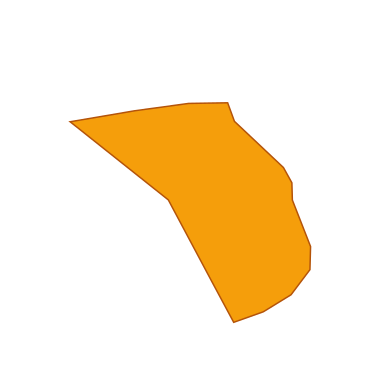 the state/province of Paul, rotated 28°
{"feature_id": "CPV-5062", "entity_name": "Paul", "entity_type": "state/province", "adm_level": 1, "iso_a3": "CPV", "parent_name": "Cabo Verde", "parent_adm1": "", "projection": "orthographic", "projection_center": [-25.008, 17.112], "detail": "fine", "context": "isolated", "style": "filled", "palette": "amber", "viewbox_px": 384, "rotation_deg": 28, "n_neighbors": 0, "source": "natural_earth", "source_scale": "10m", "svg_char_len": 359}
<svg xmlns="http://www.w3.org/2000/svg" viewBox="0 0 384 384"><g transform="rotate(28 192 192)"><path d="M181.6,96.5L196.3,109.7L261.3,127.5L275.9,137.0L284.4,152.0L322.3,184.5L332.6,205.2L327.7,236.2L311.2,264.3L290.0,287.5L251.6,261.8L174.8,210.1L51.4,187.2L103.5,147.0L147.4,115.4L181.6,96.5Z" fill="#f59e0b" stroke="#b45309" stroke-width="1.5"/></g></svg>